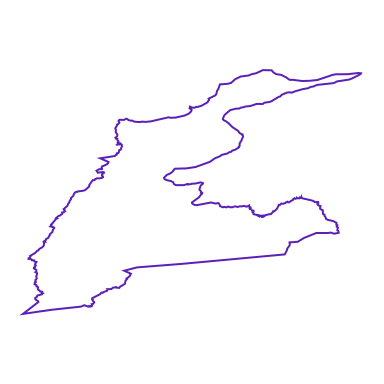 the district of Langanesbyggð, Norðurland eystra, Iceland
{"feature_id": "244011B59191424948734", "entity_name": "Langanesbyggð", "entity_type": "district", "adm_level": 2, "iso_a3": "ISL", "parent_name": "Iceland", "parent_adm1": "Norðurland eystra", "projection": "natural_earth1", "projection_center": [-15.117, 66.073], "detail": "fine", "context": "isolated", "style": "outline", "palette": "violet", "viewbox_px": 384, "rotation_deg": 0, "n_neighbors": 0, "source": "geoboundaries", "source_scale": "gbopen_adm2", "svg_char_len": 5940}
<svg xmlns="http://www.w3.org/2000/svg" viewBox="0 0 384 384"><path d="M23.0,313.9L51.3,309.8L81.1,306.6L84.3,305.2L88.0,306.6L89.0,306.6L88.6,306.2L90.3,305.9L91.7,306.2L92.2,304.9L91.8,304.1L93.0,303.9L94.0,302.7L93.8,302.6L94.0,301.9L92.7,300.6L92.8,299.6L92.1,299.3L92.1,298.4L92.4,298.1L100.3,294.1L101.3,292.7L102.8,292.8L103.2,292.2L107.0,290.8L107.6,289.6L107.3,289.2L111.4,289.0L112.9,287.7L115.3,287.4L116.0,287.0L116.7,287.7L119.3,287.9L120.1,286.7L124.8,283.9L125.6,280.5L127.0,279.1L126.6,278.3L128.3,277.4L130.2,275.5L130.1,274.8L130.9,273.7L124.2,270.7L137.0,267.4L181.6,263.9L284.8,254.4L287.0,250.1L287.2,248.6L289.6,245.5L289.8,244.3L289.5,242.4L297.7,241.8L304.1,237.9L316.3,233.0L327.9,233.0L330.8,232.6L334.3,233.7L338.7,232.8L338.3,230.9L337.3,230.2L337.9,227.5L336.7,226.7L337.4,225.2L336.3,224.6L336.5,222.9L333.3,221.1L327.6,219.8L326.1,218.9L325.3,216.8L324.4,215.6L324.5,214.7L322.9,213.8L322.8,210.2L320.4,209.1L320.0,208.2L320.5,206.1L318.5,205.5L317.4,204.1L318.2,203.6L318.3,202.2L318.0,201.9L314.9,202.1L313.4,201.0L311.2,200.3L302.3,198.3L301.9,197.7L301.0,197.9L301.0,197.1L300.5,197.8L299.6,197.5L299.2,198.3L297.6,198.3L296.8,197.7L296.6,198.3L295.5,198.8L294.7,198.7L294.5,198.3L293.8,198.7L293.0,199.3L292.8,200.2L291.3,200.7L289.0,202.4L288.1,202.3L287.5,201.7L285.7,202.5L285.5,203.0L283.0,203.8L281.4,203.5L279.9,205.0L278.8,204.8L278.1,204.9L278.8,205.1L277.0,208.8L274.4,211.2L272.2,211.4L273.4,211.6L273.1,211.9L272.6,211.6L272.9,212.0L270.8,214.2L269.3,214.2L265.1,215.3L260.9,215.8L262.3,216.2L264.5,216.0L263.2,216.9L261.8,217.0L260.8,216.1L259.4,216.6L258.1,215.8L260.5,215.6L253.6,214.2L253.3,212.6L252.8,212.4L253.6,211.4L253.5,210.7L252.1,210.7L251.4,209.5L250.6,208.8L249.8,208.9L249.5,208.1L250.4,207.3L249.1,206.4L249.1,205.5L246.6,206.7L244.1,205.9L241.6,206.4L239.9,206.3L237.5,207.0L235.7,206.4L234.0,206.6L231.9,207.4L231.0,207.1L229.9,207.3L228.3,206.5L226.2,207.4L224.5,206.9L222.8,207.3L220.0,206.1L219.7,204.8L218.8,203.4L218.1,203.0L215.9,203.6L211.0,202.5L196.6,205.2L194.3,204.8L192.3,203.6L191.9,202.5L199.1,197.2L201.2,194.4L202.0,193.8L202.2,193.2L201.3,192.9L201.7,192.5L201.0,192.0L200.9,191.2L199.8,190.1L199.4,189.3L200.7,185.5L202.7,183.9L203.0,183.4L202.9,183.0L200.5,182.4L195.0,183.6L191.7,183.7L190.7,184.3L188.8,184.1L187.9,184.6L187.4,184.0L184.0,185.1L175.8,185.1L174.0,184.1L173.1,182.1L171.0,181.1L166.2,180.0L164.6,179.1L163.9,177.9L166.8,174.9L169.7,173.7L172.1,172.1L173.8,170.2L173.8,169.7L175.1,168.7L186.4,168.4L195.6,167.0L210.0,161.8L214.9,158.3L220.0,156.2L221.7,154.9L227.4,153.5L229.1,152.3L231.4,151.7L232.1,150.7L235.2,149.7L238.9,147.4L238.7,146.8L239.7,145.8L239.5,143.8L240.3,142.5L240.4,141.9L241.5,140.7L241.6,139.8L243.1,136.6L242.8,135.3L242.1,134.8L242.3,134.3L240.4,133.6L239.0,132.4L238.4,131.1L232.3,127.0L228.7,123.4L225.7,121.1L223.7,120.2L222.8,119.1L224.0,115.9L224.9,114.6L230.2,110.1L235.9,108.7L239.4,108.5L240.9,107.6L243.8,107.2L244.8,106.6L250.4,106.0L256.7,103.9L262.7,104.0L264.4,102.7L269.4,102.0L271.3,101.3L278.8,96.8L280.2,96.5L281.7,94.8L287.0,92.6L289.5,92.3L291.6,92.7L295.1,91.3L302.9,89.1L308.2,88.2L310.6,86.9L313.0,86.6L317.2,84.9L333.7,83.1L337.1,81.4L349.0,79.6L352.4,78.3L358.9,75.0L360.6,74.0L361.0,73.3L358.3,73.0L347.5,74.2L335.7,74.3L332.5,74.9L317.4,80.0L309.6,80.8L302.1,81.0L292.7,79.8L290.3,79.9L288.8,79.4L286.6,77.6L281.2,74.9L276.2,74.1L273.5,72.5L271.6,70.3L262.9,70.1L256.0,73.3L252.3,74.0L248.5,75.5L240.8,76.5L235.2,79.2L231.0,83.0L227.5,83.8L219.9,84.4L218.5,88.6L217.1,90.8L216.2,94.4L214.9,95.6L208.6,98.7L209.2,99.9L208.2,100.9L207.6,102.3L201.4,105.8L197.7,106.9L196.4,106.8L194.6,107.7L192.1,107.6L190.0,106.6L189.6,108.4L191.6,109.7L191.2,111.4L188.7,113.7L184.5,115.6L175.4,117.6L170.9,117.8L168.6,117.3L150.7,121.4L145.5,121.9L141.9,121.6L140.8,122.0L138.0,122.0L134.2,121.6L132.3,120.6L130.8,120.7L128.4,120.0L127.1,118.9L126.3,118.7L124.0,119.9L119.4,119.8L118.5,121.0L119.4,122.5L118.3,124.0L117.0,124.6L117.0,125.5L115.3,128.3L116.0,130.3L115.6,131.9L117.4,134.6L117.1,136.3L115.4,137.8L116.0,138.6L117.3,138.8L117.3,139.8L118.5,141.6L117.7,142.4L118.1,143.5L117.7,144.5L118.6,144.2L118.1,144.1L118.5,143.9L119.6,144.0L119.4,143.6L119.8,143.6L119.5,143.4L120.4,143.4L121.1,144.2L118.7,144.6L121.1,144.2L121.8,145.1L122.0,146.5L121.3,147.6L120.8,149.6L119.1,150.3L118.9,152.0L118.4,153.0L116.8,153.3L116.8,154.6L115.7,155.0L115.0,156.0L100.2,158.3L108.5,162.0L108.4,162.7L107.1,164.2L101.8,166.6L101.6,167.5L102.1,168.8L102.0,169.1L99.2,169.2L96.5,170.7L97.8,172.7L102.7,172.0L103.9,172.3L104.0,172.9L102.0,174.3L101.9,175.7L103.0,176.5L103.1,177.2L102.1,177.8L99.4,178.4L97.0,178.3L94.8,179.4L94.5,180.1L92.7,180.2L89.2,185.1L89.3,186.4L85.0,190.2L82.4,190.9L77.9,191.4L77.6,191.8L76.0,191.9L74.8,192.7L73.8,194.2L73.3,195.9L70.9,198.1L71.0,199.1L69.4,201.4L69.3,202.5L68.1,203.8L67.4,205.8L63.7,209.1L64.5,209.8L64.3,210.6L65.0,211.2L64.0,212.1L62.1,212.5L62.3,213.8L60.0,215.5L58.6,215.9L56.2,218.0L57.0,218.5L55.7,219.0L55.4,219.8L53.4,222.0L53.3,222.5L52.6,222.8L52.3,223.6L51.1,224.5L51.5,225.1L50.3,226.4L53.8,227.3L54.3,227.9L53.0,229.6L52.3,232.1L49.8,234.4L49.8,235.4L48.9,236.3L48.4,237.8L46.1,239.0L45.7,240.2L44.5,241.0L45.2,241.9L43.7,242.1L44.1,242.9L43.8,245.5L42.4,247.2L39.4,248.9L38.3,250.4L37.2,250.8L35.2,252.9L30.2,255.9L30.5,256.4L29.7,257.6L28.6,258.2L28.5,258.9L30.6,259.0L31.9,259.7L31.9,260.2L34.0,260.4L34.3,261.2L36.4,262.0L35.5,262.9L35.6,263.5L35.0,264.2L35.8,265.6L34.8,266.2L34.9,267.3L33.9,267.7L33.9,268.5L36.2,269.8L36.4,271.7L35.5,272.2L37.1,273.2L37.1,274.0L36.2,276.5L36.8,278.1L36.2,279.5L35.5,279.8L35.3,281.2L35.8,282.0L34.9,282.4L34.7,283.1L35.0,283.7L34.6,284.2L36.3,285.0L36.7,285.8L36.5,286.3L38.1,287.3L37.8,288.8L38.5,290.1L39.3,290.3L39.9,291.3L42.1,291.7L41.7,292.6L42.8,293.3L41.8,293.8L41.9,294.3L37.4,295.5L36.9,296.9L35.2,297.9L35.5,299.5L38.0,301.1L38.4,302.0L23.0,313.9Z" fill="none" stroke="#5b21b6" stroke-width="2"/></svg>